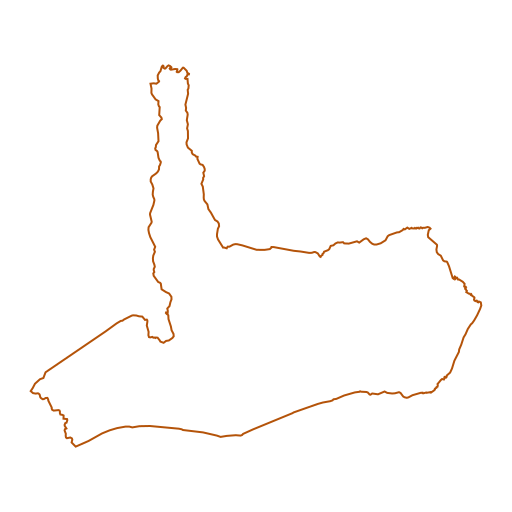 Viqueque, Viqueque, East Timor (Robinson projection)
{"feature_id": "22284137B80785204174249", "entity_name": "Viqueque", "entity_type": "district", "adm_level": 2, "iso_a3": "TLS", "parent_name": "East Timor", "parent_adm1": "Viqueque", "projection": "robinson", "projection_center": [126.369, -8.837], "detail": "fine", "context": "isolated", "style": "outline", "palette": "amber", "viewbox_px": 512, "rotation_deg": 0, "n_neighbors": 0, "source": "geoboundaries", "source_scale": "gbopen_adm2", "svg_char_len": 6008}
<svg xmlns="http://www.w3.org/2000/svg" viewBox="0 0 512 512"><path d="M75.7,446.6L88.5,441.0L102.1,433.4L109.7,430.3L117.1,428.1L125.5,426.6L129.3,426.6L132.3,427.4L139.4,426.2L149.9,426.0L178.9,428.7L181.7,429.3L182.9,430.0L203.0,432.4L216.9,435.6L220.6,436.9L226.7,435.9L235.8,435.2L240.6,435.6L242.1,435.0L243.1,433.9L253.0,429.4L292.4,413.2L293.7,412.4L317.6,404.0L322.9,402.5L330.2,401.2L332.5,400.4L333.5,399.3L336.3,398.9L344.1,395.5L354.9,392.4L359.4,391.8L360.1,391.3L361.0,391.7L366.5,392.0L367.8,392.5L369.6,394.5L370.5,394.7L372.2,393.5L378.0,394.3L384.6,391.5L387.2,392.9L392.2,393.5L394.9,393.3L399.0,392.2L400.5,392.9L403.2,396.5L404.6,397.3L406.8,397.8L408.4,397.4L412.5,395.2L420.8,392.8L422.5,392.7L422.6,393.2L423.4,393.3L426.2,392.5L426.5,392.8L430.2,392.2L430.1,392.5L430.6,392.6L430.7,392.1L431.5,392.2L433.7,390.7L434.9,389.6L434.8,389.0L435.4,388.3L436.4,387.8L436.5,387.1L437.5,386.7L437.8,385.1L437.5,384.1L441.0,379.9L442.1,379.0L443.9,379.5L444.6,378.2L444.3,377.6L444.5,377.0L444.9,376.8L445.5,377.6L446.1,377.6L446.6,376.9L446.9,375.4L450.1,372.6L452.0,368.5L454.4,360.7L458.9,351.9L459.2,349.4L461.2,344.8L463.6,337.4L465.5,334.3L467.8,329.0L470.8,324.4L472.2,323.2L474.1,320.5L477.1,315.3L480.1,308.9L481.3,305.5L480.8,302.4L478.9,301.5L478.4,301.7L478.2,302.3L477.5,302.1L476.9,300.7L476.3,300.6L475.4,301.1L474.3,300.4L474.0,299.4L474.5,297.9L474.3,297.3L471.9,295.6L471.3,294.3L470.7,294.8L469.8,293.7L468.9,293.7L466.3,292.1L466.9,290.9L466.1,290.0L465.8,288.8L465.2,288.8L465.1,288.1L466.0,287.2L465.6,286.7L464.2,286.4L464.6,283.8L462.8,281.8L459.1,279.5L458.1,279.6L457.1,277.7L455.9,277.7L455.6,278.8L455.1,279.2L454.9,278.6L455.4,277.4L455.2,276.8L454.8,276.5L453.5,278.7L452.7,278.1L449.0,266.2L447.2,262.1L446.7,261.6L444.4,261.3L443.1,260.4L440.8,255.7L438.2,254.1L436.8,252.2L436.4,249.5L437.1,245.8L436.9,244.7L428.2,237.2L427.8,234.9L428.6,231.0L428.8,230.2L430.5,228.7L429.6,227.7L427.7,227.0L424.9,227.8L422.9,227.8L422.2,228.3L421.2,227.5L420.5,227.4L419.6,228.5L418.5,228.3L418.1,227.8L417.7,228.1L416.9,227.8L416.0,228.6L414.9,227.9L414.2,228.5L411.7,228.3L411.5,227.9L409.3,228.9L407.3,227.6L404.8,229.4L403.6,228.9L402.7,230.1L399.1,232.2L397.0,232.4L389.2,235.1L387.7,236.2L385.5,240.3L380.7,243.3L376.6,244.5L374.1,244.5L372.3,243.8L370.0,241.9L367.9,239.3L366.1,238.3L363.7,239.3L359.2,242.6L357.0,241.3L348.8,243.6L344.2,243.4L343.0,242.2L339.5,242.6L337.8,242.4L335.4,243.5L333.4,245.3L330.7,245.9L329.2,249.2L327.9,250.2L324.1,251.7L323.5,253.2L322.5,254.0L322.5,254.9L321.1,255.9L320.6,256.9L319.8,256.5L317.8,253.4L315.4,252.1L314.2,252.0L311.8,252.8L309.2,252.9L300.5,251.5L293.8,250.8L273.8,247.1L271.5,247.0L271.4,247.6L269.8,249.1L264.4,249.9L256.6,249.8L242.4,245.4L237.2,244.2L235.4,244.1L233.2,244.6L229.4,246.7L227.6,246.7L226.7,248.3L224.0,247.5L223.1,247.6L218.0,239.4L217.0,236.5L217.0,234.2L217.9,228.7L219.1,226.2L218.8,223.5L217.5,221.5L215.0,220.0L213.8,217.9L211.0,212.8L208.4,209.1L207.4,204.4L204.6,201.0L203.9,199.5L203.7,197.7L203.8,194.3L202.8,186.6L201.4,183.8L203.2,179.5L203.1,177.9L204.1,176.2L203.3,172.7L204.7,170.7L204.7,169.0L204.0,167.0L202.6,164.9L200.6,164.4L199.6,163.7L197.4,158.9L197.6,156.8L196.1,156.6L195.3,155.6L192.7,154.2L191.8,152.6L191.8,150.8L187.9,147.6L186.6,144.4L186.5,142.3L188.0,138.4L187.9,131.0L187.1,128.4L187.9,124.3L186.8,120.2L187.7,114.6L187.4,112.8L185.8,110.6L186.1,107.9L185.4,104.6L188.1,93.8L187.7,89.8L188.4,88.5L188.7,85.3L187.9,83.6L187.5,78.9L185.6,78.9L185.0,78.4L185.6,77.1L186.9,76.1L187.4,74.6L188.9,74.4L189.0,73.8L187.3,72.8L186.7,70.8L183.7,67.8L183.1,67.6L182.6,68.0L180.4,70.7L178.7,72.2L177.1,72.2L176.7,71.8L177.4,69.9L177.3,69.2L175.1,69.0L170.9,69.7L170.4,69.5L169.7,68.6L170.0,68.1L171.0,68.1L171.4,67.3L170.2,66.1L168.6,65.4L167.5,66.1L165.4,68.5L164.6,68.6L163.4,67.7L163.6,66.3L163.2,65.7L162.7,65.6L161.8,66.6L160.4,71.3L159.2,72.5L157.7,75.4L157.8,78.4L158.2,80.1L159.1,81.2L158.9,81.7L156.4,83.7L153.7,83.3L150.5,83.7L151.5,88.5L151.4,92.9L152.0,94.4L155.6,99.4L158.5,101.1L158.3,104.4L158.9,106.2L159.7,107.1L159.2,115.1L161.4,117.6L161.8,119.1L160.2,120.7L157.3,125.7L157.1,127.7L158.1,133.2L158.5,141.2L156.0,145.0L155.8,147.2L155.2,148.3L155.5,149.9L157.1,151.1L157.6,152.0L158.5,157.8L159.8,160.7L160.7,161.5L160.8,162.4L160.0,165.0L159.1,166.4L159.0,169.3L158.2,171.0L157.4,172.2L155.8,173.7L152.1,176.3L151.2,177.6L150.7,179.3L150.7,181.5L152.3,184.5L153.5,188.4L152.9,191.7L152.7,194.6L153.2,196.7L154.3,199.2L154.4,200.5L153.4,204.9L150.1,213.2L150.0,214.6L151.7,221.7L151.5,222.7L148.6,227.2L148.4,229.9L149.0,233.1L150.3,237.1L155.2,246.8L154.1,249.6L154.9,251.8L153.3,255.5L152.9,258.3L153.1,261.3L154.4,264.8L154.8,266.8L153.8,268.8L153.7,269.9L154.3,272.1L153.3,273.4L153.7,275.8L158.2,282.0L160.1,282.8L160.8,283.6L161.6,289.3L166.0,292.1L169.1,293.5L171.4,296.8L171.5,299.3L170.4,302.2L169.5,306.1L167.3,308.5L167.8,310.9L167.7,312.6L166.1,312.4L165.9,313.0L166.9,314.1L167.4,314.1L168.3,315.3L168.5,319.1L170.9,326.5L171.6,330.3L173.5,333.9L173.7,336.3L172.4,338.0L169.7,339.9L168.8,340.5L166.1,340.9L163.6,342.8L160.4,341.6L159.6,340.2L157.6,337.7L155.8,337.5L155.3,338.0L154.3,337.5L153.3,337.7L152.4,336.9L150.2,337.4L149.0,337.1L148.4,335.2L148.6,331.9L146.8,325.5L147.4,321.5L147.3,320.3L146.8,319.6L145.0,319.9L142.3,316.6L139.0,316.3L136.3,315.5L133.1,315.3L131.8,315.6L124.0,319.5L122.5,320.7L120.8,320.9L116.6,323.4L105.6,331.4L45.8,372.1L45.5,372.4L43.4,378.0L40.0,379.2L35.0,383.7L32.7,388.1L30.7,391.1L33.0,393.1L35.6,393.6L37.9,393.3L38.6,393.6L39.6,394.5L40.3,397.2L40.8,397.9L42.6,399.2L43.8,399.1L45.7,398.0L47.4,397.9L48.2,399.5L48.3,400.6L51.7,407.5L51.7,408.6L52.2,409.8L53.7,410.6L58.5,410.1L59.5,410.5L59.9,411.4L59.9,413.2L60.4,414.5L62.5,414.9L63.6,415.5L63.5,418.7L67.1,419.1L67.3,420.2L66.5,422.7L65.3,423.1L64.6,424.8L64.7,425.8L66.4,428.5L64.9,429.2L64.6,430.5L65.8,433.7L65.7,435.9L66.0,437.5L66.9,438.2L70.3,437.5L71.9,438.4L72.3,439.7L71.6,442.5L75.7,446.6Z" fill="none" stroke="#b45309" stroke-width="2"/></svg>